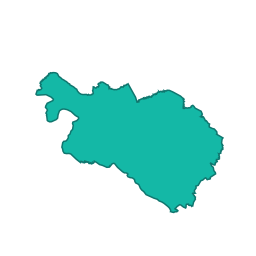 Saboba, Northern, Ghana, rotated 121°
{"feature_id": "2480657B56307698722921", "entity_name": "Saboba", "entity_type": "district", "adm_level": 2, "iso_a3": "GHA", "parent_name": "Ghana", "parent_adm1": "Northern", "projection": "equal_earth", "projection_center": [0.158, 9.709], "detail": "fine", "context": "isolated", "style": "filled", "palette": "teal", "viewbox_px": 256, "rotation_deg": 121, "n_neighbors": 0, "source": "geoboundaries", "source_scale": "gbopen_adm2", "svg_char_len": 5782}
<svg xmlns="http://www.w3.org/2000/svg" viewBox="0 0 256 256"><g transform="rotate(121 128 128)"><path d="M101.8,35.5L99.9,36.6L99.6,36.2L98.7,36.6L97.6,35.8L97.0,36.6L96.7,36.2L96.1,36.5L94.8,38.0L94.2,38.2L94.0,37.9L93.4,38.9L93.5,39.3L92.6,40.1L89.2,41.6L87.6,41.5L87.7,48.8L87.1,48.7L85.5,50.0L84.4,53.5L85.0,55.7L85.3,58.8L84.3,59.6L82.6,60.1L82.7,61.7L81.6,64.1L81.5,64.7L81.8,64.8L81.9,65.5L80.9,66.7L80.7,67.5L80.4,67.7L79.7,69.0L79.7,70.2L80.6,70.0L80.8,71.0L80.6,70.8L80.3,71.3L79.3,71.5L77.9,71.4L76.0,73.9L76.4,80.6L75.5,82.6L75.2,84.1L76.5,85.0L77.7,84.7L77.9,85.1L78.8,85.3L79.6,86.7L80.3,87.1L80.6,88.2L80.9,88.4L80.9,89.0L82.2,89.7L82.7,90.7L81.7,91.4L81.4,90.7L80.6,91.9L80.1,92.1L80.0,91.6L79.3,92.6L78.8,92.8L78.6,92.5L78.1,93.3L77.5,93.3L76.7,94.0L76.4,93.7L76.3,94.3L75.4,94.6L75.2,95.2L74.6,94.8L74.1,95.5L74.2,96.6L73.6,99.4L74.0,108.2L74.5,112.1L75.6,114.0L76.3,114.0L76.9,115.2L77.4,115.3L77.4,116.2L77.9,115.7L78.2,116.3L78.5,116.0L78.7,117.2L79.2,117.0L79.6,117.4L79.5,118.5L79.8,118.9L81.0,119.7L80.9,120.1L81.2,119.8L81.8,120.8L82.5,121.2L83.0,120.9L83.9,121.1L84.1,121.6L84.5,121.2L84.9,122.0L85.0,121.7L85.4,121.9L85.3,122.5L86.0,123.2L86.2,123.6L86.4,123.2L87.9,123.6L88.2,124.0L89.1,123.8L89.0,124.2L89.4,124.1L90.1,125.0L89.8,125.7L90.6,125.9L90.5,126.7L91.5,127.0L91.8,126.8L91.7,127.6L92.3,127.4L92.9,128.0L93.0,128.4L93.3,128.0L93.5,128.5L93.9,128.5L93.8,128.9L94.1,129.0L93.8,129.2L93.9,129.6L94.4,129.2L94.8,129.8L94.6,130.2L95.0,130.2L94.7,130.8L94.9,130.6L95.7,131.0L95.7,131.6L95.9,131.2L96.5,131.5L96.6,131.8L97.8,132.4L98.1,132.9L98.4,132.7L98.7,133.0L99.6,132.4L99.6,132.9L100.2,132.8L100.1,133.4L100.9,133.5L101.0,133.3L101.2,133.6L97.8,137.3L90.1,150.7L90.8,150.9L91.3,151.6L92.1,151.5L92.7,152.5L93.2,152.5L93.7,153.4L94.4,153.0L95.1,153.4L95.5,153.3L95.5,153.8L95.9,154.1L95.9,154.6L96.5,154.8L96.7,155.4L98.2,155.4L99.0,155.7L99.6,156.6L99.9,156.6L101.0,157.5L101.9,159.2L102.3,159.5L102.7,161.1L103.1,161.9L102.7,162.3L103.3,162.8L103.4,164.6L103.8,164.6L103.3,165.1L102.4,164.8L102.4,165.6L101.4,167.3L101.9,168.7L101.7,169.7L101.7,173.2L102.4,174.5L102.9,175.1L103.6,174.7L104.0,175.5L105.2,176.3L106.1,176.0L106.2,175.2L106.8,174.7L108.0,174.5L108.4,175.6L110.4,176.1L110.6,176.9L110.3,178.0L110.6,179.0L113.5,177.6L114.0,177.7L116.0,175.7L116.7,175.6L117.5,176.3L117.9,176.1L119.3,177.5L119.7,178.5L119.6,179.2L120.6,179.4L120.6,180.9L122.5,183.8L123.2,185.6L123.2,187.7L122.4,190.3L121.2,191.9L121.2,193.5L120.8,195.7L120.9,200.1L120.3,200.7L120.5,202.0L119.9,204.8L120.1,205.9L119.9,206.7L120.0,210.0L119.5,211.7L119.5,213.7L117.8,216.5L117.9,218.2L118.7,220.1L119.6,221.4L120.1,221.5L120.4,222.7L121.0,223.1L121.4,222.9L122.1,223.9L123.0,223.7L123.2,223.3L124.1,223.8L124.4,223.5L124.8,224.1L125.7,224.0L126.5,224.6L127.4,224.1L127.7,224.8L127.9,224.5L129.3,225.0L129.5,224.5L129.5,225.0L129.8,224.9L129.6,225.1L130.1,225.9L130.8,225.5L131.1,226.0L131.4,225.7L132.0,226.2L132.3,226.0L132.5,226.5L133.0,226.5L133.2,226.2L133.8,226.7L135.1,226.3L135.4,224.9L137.0,224.9L138.2,222.4L140.0,222.5L140.6,223.3L141.0,223.3L140.9,224.2L141.2,224.4L142.1,224.3L142.4,225.2L146.4,224.3L146.7,223.2L146.4,222.4L141.6,215.4L141.1,210.0L141.7,206.8L143.2,206.5L148.4,210.0L151.7,209.8L152.9,209.3L153.4,207.5L154.1,206.3L157.5,206.0L158.1,204.7L159.2,204.3L159.8,203.6L163.1,201.1L163.3,200.0L163.0,198.2L162.0,196.8L157.8,193.9L155.9,193.4L152.6,194.8L148.6,195.6L146.6,194.7L145.4,193.7L144.5,192.2L143.6,189.6L143.2,185.2L144.3,180.0L144.4,178.0L144.2,176.9L144.5,175.8L145.5,175.1L148.1,175.7L151.4,178.3L152.8,177.8L153.9,176.3L157.7,174.8L160.0,175.3L162.9,174.6L165.3,175.3L167.2,174.1L169.6,174.1L171.3,174.6L172.5,176.2L174.2,176.4L178.5,174.8L179.5,173.4L181.4,171.7L182.4,169.7L181.6,167.5L180.3,165.6L179.7,163.8L181.4,156.3L182.1,150.7L181.5,150.6L181.2,151.3L180.8,151.2L180.4,149.9L180.8,148.8L180.3,148.5L180.5,148.1L180.4,147.5L179.7,147.3L179.5,148.0L178.7,148.1L178.7,147.5L179.0,146.8L178.3,146.8L178.5,146.1L178.2,146.1L178.2,145.3L177.7,145.1L177.6,144.5L178.0,144.7L177.9,144.2L178.5,143.2L177.9,142.1L177.7,142.6L177.0,142.2L176.9,141.6L177.2,141.3L176.9,140.7L177.2,140.5L175.9,139.6L175.6,140.0L175.6,139.7L174.5,139.3L173.8,139.7L173.7,137.1L174.0,133.6L173.2,130.7L172.6,125.9L171.8,124.7L170.8,123.8L170.6,123.9L170.7,123.7L166.7,123.1L165.6,122.0L165.4,121.2L167.1,116.7L168.3,110.2L168.3,108.0L167.5,106.6L167.2,104.9L167.6,104.3L168.9,104.4L169.8,103.1L169.5,100.8L168.5,98.5L168.8,95.9L169.9,95.0L171.1,93.3L170.9,90.6L171.1,89.3L173.3,86.3L174.1,84.2L174.4,81.7L175.8,78.2L174.9,70.8L174.7,70.8L174.9,70.7L174.8,69.7L174.0,66.2L174.5,63.8L174.0,61.1L174.0,58.4L174.7,53.4L175.2,51.4L176.5,49.1L177.8,48.5L177.5,48.1L177.5,47.2L176.8,45.2L175.9,44.9L174.6,43.0L173.9,43.0L173.6,42.6L173.2,42.6L172.9,43.7L173.3,45.6L172.8,46.2L171.9,45.7L170.3,45.6L167.1,44.2L166.8,43.2L167.2,39.8L166.9,37.4L165.8,37.5L164.7,38.3L163.3,38.6L162.6,37.7L162.6,37.0L162.2,36.8L162.6,36.2L163.0,36.7L162.7,35.7L162.6,35.1L161.9,34.3L162.3,33.1L161.7,33.1L161.5,32.4L157.8,33.6L154.2,33.6L153.7,34.3L152.5,34.6L152.4,35.8L151.9,36.2L151.5,37.6L150.9,38.1L150.7,38.9L150.3,38.7L150.5,38.0L150.2,38.0L149.6,37.2L149.6,37.6L148.7,37.5L148.3,38.3L147.4,38.9L144.3,38.7L142.9,39.9L141.0,38.3L135.7,38.4L134.1,37.1L131.3,36.2L130.7,35.7L131.5,33.5L130.2,32.4L129.7,31.6L129.1,31.3L128.3,32.0L127.6,31.9L122.2,29.3L121.2,30.2L120.3,32.5L118.0,34.5L117.7,35.2L117.6,36.4L116.5,38.2L116.1,38.4L115.5,39.7L115.5,36.1L115.2,34.8L114.7,34.4L113.8,34.9L113.2,34.8L112.6,35.3L110.8,34.2L110.4,34.7L110.3,35.6L109.8,35.5L109.4,35.9L107.9,34.0L107.3,33.8L106.8,34.8L106.5,34.4L105.8,34.6L105.7,35.0L105.1,35.2L104.7,36.1L104.1,36.0L103.6,36.7L103.6,36.4L102.9,36.5L101.8,35.5Z" fill="#14b8a6" stroke="#0f766e" stroke-width="1.5"/></g></svg>